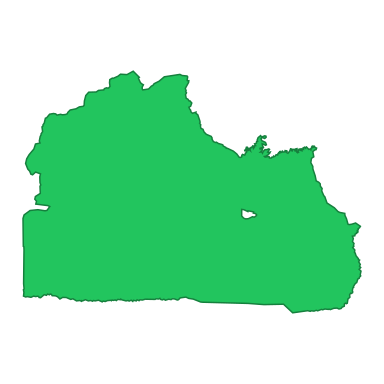 Gokwe South, Midlands, Zimbabwe (Mercator projection)
{"feature_id": "62879985B62286453442238", "entity_name": "Gokwe South", "entity_type": "district", "adm_level": 2, "iso_a3": "ZWE", "parent_name": "Zimbabwe", "parent_adm1": "Midlands", "projection": "mercator", "projection_center": [28.824, -18.131], "detail": "fine", "context": "isolated", "style": "filled", "palette": "green", "viewbox_px": 384, "rotation_deg": 0, "n_neighbors": 0, "source": "geoboundaries", "source_scale": "gbopen_adm2", "svg_char_len": 5982}
<svg xmlns="http://www.w3.org/2000/svg" viewBox="0 0 384 384"><path d="M23.0,218.4L23.3,246.4L23.9,246.8L24.0,250.0L23.6,283.8L24.1,288.9L23.4,289.7L23.9,292.4L23.5,296.1L25.7,297.0L27.3,296.6L31.0,297.3L33.7,296.1L35.6,296.6L37.6,296.2L38.6,296.5L39.1,297.5L40.6,297.7L44.2,294.7L46.5,295.3L47.5,294.1L49.4,294.8L50.2,294.0L51.4,294.4L52.2,295.7L55.4,295.8L57.5,296.7L59.9,299.0L62.6,297.4L66.3,297.5L70.7,299.4L73.0,298.8L76.5,300.9L79.9,300.5L81.5,301.3L81.9,300.6L82.6,300.9L85.4,299.7L88.3,300.9L90.6,300.5L92.6,301.2L93.6,300.5L95.1,300.9L98.5,300.2L102.2,301.9L103.1,301.1L105.3,301.5L107.4,300.6L111.1,300.3L111.4,300.7L112.2,300.1L113.7,300.4L115.1,299.9L116.3,300.6L117.8,299.4L120.5,299.7L120.8,299.1L121.7,299.8L126.0,300.9L128.1,300.5L129.1,301.1L131.2,300.2L132.8,301.4L133.4,300.3L136.3,300.9L137.1,299.8L139.1,300.7L139.9,299.8L142.5,300.0L145.2,299.2L155.1,299.4L156.0,298.8L158.8,299.0L159.9,298.3L160.6,299.4L162.3,299.9L163.9,299.2L165.4,300.2L168.7,299.2L171.1,299.6L172.3,298.8L174.4,298.9L177.3,300.0L178.5,299.7L180.2,297.9L185.9,297.1L188.7,298.4L193.3,299.1L200.6,302.0L202.5,302.2L248.0,303.4L264.0,304.6L283.5,304.2L292.7,312.8L307.7,310.7L310.3,311.3L311.3,310.8L314.0,311.1L316.3,310.3L317.7,310.8L321.5,309.4L322.7,309.8L324.9,309.0L328.4,309.4L329.1,309.1L330.3,309.6L333.8,308.3L337.0,308.1L339.0,309.0L341.1,308.5L342.1,307.2L344.3,306.2L344.4,303.9L345.4,303.2L346.3,303.7L347.3,303.2L347.9,299.1L349.9,297.2L349.6,294.7L350.7,293.2L351.3,293.5L352.6,292.7L352.7,291.5L352.3,290.9L352.8,288.0L353.7,287.3L353.5,286.3L355.4,283.4L356.7,282.6L357.8,279.0L359.2,278.3L359.4,277.3L360.7,275.9L360.2,274.8L361.0,271.1L359.1,269.3L360.7,267.5L359.5,266.2L360.3,264.4L358.7,261.9L359.6,260.1L358.4,259.5L358.4,258.7L356.0,255.7L355.2,253.0L354.5,252.5L354.8,250.0L352.7,247.5L353.9,246.2L353.5,245.2L354.0,243.5L352.5,241.7L353.3,238.6L352.4,236.2L354.8,235.8L355.1,234.2L356.5,233.4L356.6,232.4L357.6,232.5L358.0,231.8L357.3,230.4L358.3,229.8L358.1,228.7L359.5,227.8L360.4,226.3L355.6,223.0L351.8,224.2L349.2,224.6L348.0,224.2L346.5,218.8L344.9,215.3L344.8,213.4L339.7,212.4L337.9,211.5L334.4,207.8L327.0,203.0L324.8,196.7L323.8,195.7L321.7,190.9L322.1,188.5L320.4,186.2L320.2,183.8L318.7,182.2L316.2,180.9L315.2,175.9L312.9,169.0L312.8,166.4L310.8,162.6L311.5,158.3L313.8,156.8L312.8,151.6L314.9,149.9L316.0,149.7L316.6,148.1L314.9,147.3L314.4,146.2L312.7,146.1L313.2,147.3L312.4,147.7L311.6,147.1L310.9,149.8L310.3,148.9L308.8,149.4L306.5,147.0L305.9,147.7L305.3,147.4L305.3,148.0L304.4,147.3L302.5,148.3L303.5,148.3L303.5,149.4L302.1,149.0L302.0,150.8L301.3,150.5L300.8,148.9L300.0,149.0L300.5,149.8L300.2,150.3L298.8,149.5L298.0,151.3L298.6,152.2L297.6,152.8L296.8,152.2L296.7,150.4L295.9,150.1L296.3,149.3L297.1,149.4L297.0,148.6L295.5,149.0L295.5,151.6L294.3,149.4L292.2,149.3L291.6,149.9L292.4,150.5L292.1,151.0L291.0,150.1L291.1,148.9L290.6,148.8L289.7,151.1L287.9,153.3L286.2,152.3L286.4,151.5L287.0,151.4L286.8,150.8L285.1,150.6L285.1,151.5L283.9,152.1L283.0,151.9L282.6,151.3L282.1,152.2L280.9,152.5L280.8,151.4L279.6,151.6L279.6,152.3L278.9,152.6L279.4,153.1L277.8,153.9L277.6,155.0L276.1,154.7L275.0,156.3L274.1,156.6L273.7,156.3L273.7,156.8L272.5,157.3L272.1,157.0L271.1,158.1L269.4,157.9L269.3,156.9L268.8,156.5L265.1,157.1L264.5,156.5L265.8,156.3L267.8,154.9L269.6,153.4L270.2,152.1L268.6,152.6L267.6,152.2L269.5,149.4L268.8,148.9L266.5,149.7L265.0,149.6L263.0,151.8L262.5,153.2L261.7,152.0L260.4,152.1L262.5,149.9L262.0,148.8L260.1,149.0L260.0,148.3L261.7,147.7L262.9,148.1L263.5,147.4L262.6,146.1L262.2,143.8L265.6,145.3L266.4,144.8L265.5,142.4L261.7,140.6L261.0,138.5L262.4,137.6L264.7,138.5L266.1,137.3L266.0,136.2L264.8,135.8L261.6,137.0L260.6,135.6L258.1,137.6L257.2,140.0L257.6,141.3L256.6,141.5L256.4,143.2L254.6,143.8L255.6,145.6L254.2,145.8L254.5,147.0L253.6,148.2L253.6,146.7L252.6,146.0L252.0,147.5L251.3,147.2L250.4,147.9L251.1,148.7L250.0,148.1L249.6,148.3L250.3,150.6L248.8,149.2L248.4,150.4L247.6,150.7L247.0,149.8L247.8,147.8L247.4,147.2L246.4,147.2L245.6,149.8L244.7,150.2L244.8,150.8L246.4,150.9L246.5,152.4L245.3,153.2L245.1,154.7L244.6,155.1L242.5,154.4L241.8,155.3L241.7,156.9L240.2,157.5L239.1,157.2L236.8,154.0L233.3,151.1L227.4,148.3L226.2,148.3L226.0,147.5L223.2,146.0L222.9,145.0L222.0,144.5L218.4,143.5L216.4,142.2L215.3,142.5L213.4,141.6L212.0,139.1L212.1,138.0L211.2,136.4L206.3,134.3L204.0,131.9L203.0,129.3L200.9,128.3L200.4,125.9L200.8,124.9L199.6,123.2L200.1,122.3L199.8,120.8L197.8,114.8L195.9,113.3L196.0,112.1L192.5,113.3L190.9,111.8L190.6,110.1L189.8,109.3L188.9,107.2L190.6,106.3L191.8,103.0L190.0,100.9L189.2,101.0L187.9,99.2L186.2,98.3L185.5,94.6L186.5,92.8L185.7,91.6L186.1,90.6L185.3,88.4L188.6,82.4L188.8,80.7L187.4,80.7L187.1,80.1L187.7,76.9L187.1,76.0L182.1,75.5L179.9,74.4L164.3,76.8L159.1,81.2L154.1,83.7L152.9,85.4L151.4,86.1L148.6,89.0L142.8,89.9L142.2,88.9L142.2,87.1L143.4,84.8L141.4,83.6L140.3,82.4L138.5,78.5L138.5,77.9L139.3,77.3L133.2,71.2L127.0,74.6L120.5,74.2L118.0,76.2L113.3,78.3L112.3,78.1L109.8,79.6L109.5,82.8L110.0,86.4L108.8,87.8L108.2,88.2L106.6,87.8L104.4,88.6L103.8,89.9L98.5,90.4L96.2,92.0L88.7,92.2L85.8,95.5L84.4,100.9L84.1,105.4L83.2,106.3L79.3,106.9L76.0,108.8L70.2,110.0L68.0,112.2L67.1,113.9L65.4,114.5L62.5,114.8L60.6,114.3L57.0,115.1L55.7,113.9L53.5,113.5L49.6,114.2L46.6,117.8L45.4,118.2L44.2,123.2L43.1,124.6L42.9,126.1L42.0,126.9L42.6,131.7L41.1,133.8L41.1,134.8L40.2,136.5L39.3,141.0L40.0,143.0L35.5,144.0L33.9,149.0L29.1,154.7L26.7,158.8L25.6,163.5L27.8,169.1L29.7,171.2L30.9,174.2L32.6,174.8L35.6,172.1L40.5,173.8L39.8,176.9L40.0,182.6L40.8,185.0L40.0,186.2L40.3,193.4L35.4,196.5L34.8,199.2L36.5,201.1L35.8,204.1L47.9,205.6L49.8,206.5L47.0,210.4L45.1,210.8L37.9,209.7L30.1,210.5L24.1,214.9L23.0,218.4ZM241.7,216.0L241.7,209.4L243.9,209.7L247.9,211.6L248.1,210.8L253.6,211.9L253.3,213.1L255.1,213.5L256.5,214.5L256.5,215.5L254.3,217.2L252.5,216.7L248.3,218.7L245.7,218.9L243.7,218.2L241.7,216.0Z" fill="#22c55e" stroke="#15803d" stroke-width="1.5"/></svg>